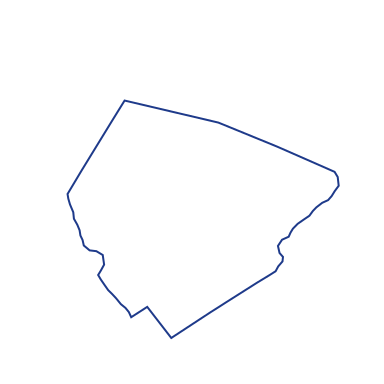 outline of Olivença, Alagoas, Brazil, rotated 143°
{"feature_id": "56859067B23414783060869", "entity_name": "Olivença", "entity_type": "district", "adm_level": 2, "iso_a3": "BRA", "parent_name": "Brazil", "parent_adm1": "Alagoas", "projection": "natural_earth1", "projection_center": [-37.17, -9.497], "detail": "fine", "context": "isolated", "style": "outline", "palette": "blue", "viewbox_px": 384, "rotation_deg": 143, "n_neighbors": 0, "source": "geoboundaries", "source_scale": "gbopen_adm2", "svg_char_len": 887}
<svg xmlns="http://www.w3.org/2000/svg" viewBox="0 0 384 384"><g transform="rotate(143 192 192)"><path d="M66.0,122.3L96.7,177.0L129.2,231.6L190.8,305.6L203.9,300.5L212.9,297.0L231.7,289.6L267.0,275.7L292.6,265.3L294.8,261.1L296.9,255.6L299.0,247.3L302.4,241.7L303.3,234.9L304.8,229.1L307.3,224.4L308.3,219.5L310.6,214.4L308.9,207.0L304.0,202.3L301.2,195.4L305.9,186.9L312.1,184.1L316.9,182.2L317.5,177.0L317.8,170.1L318.0,164.0L317.2,158.7L316.6,152.9L316.3,145.2L314.9,139.5L314.7,134.1L315.9,128.6L296.9,127.2L296.4,87.9L249.2,84.8L239.5,84.0L231.4,83.4L194.4,80.4L180.4,79.0L172.9,78.4L167.9,80.7L161.5,82.1L158.4,85.4L158.8,90.6L155.8,97.2L148.8,99.7L141.7,98.1L137.7,100.3L133.4,102.0L126.7,103.0L118.7,102.7L112.5,102.4L106.9,104.1L101.9,104.9L94.5,105.0L88.2,103.6L82.9,104.7L77.5,106.8L71.1,108.7L66.6,116.3L66.0,122.3Z" fill="none" stroke="#1e3a8a" stroke-width="2"/></g></svg>